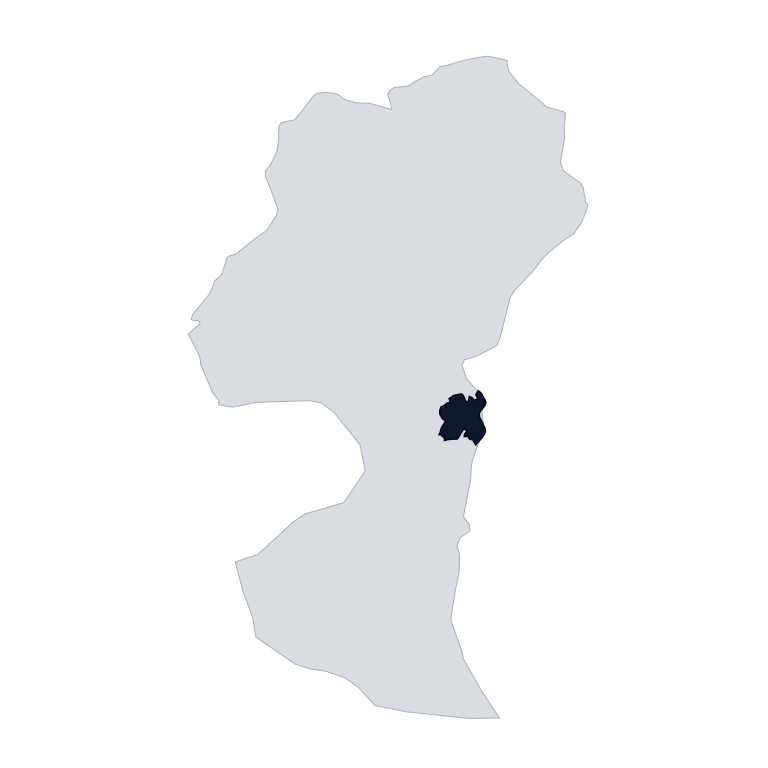 where Bauska sits in Latvia, rotated 272°
{"feature_id": "LVA-1079", "entity_name": "Bauska", "entity_type": "Municipality", "adm_level": 1, "iso_a3": "LVA", "parent_name": "Latvia", "parent_adm1": "", "projection": "albers", "projection_center": [24.265, 56.397], "detail": "fine", "context": "in_parent", "style": "filled", "palette": "ink", "viewbox_px": 768, "rotation_deg": 272, "n_neighbors": 0, "source": "natural_earth", "source_scale": "10m", "svg_char_len": 2588}
<svg xmlns="http://www.w3.org/2000/svg" viewBox="0 0 768 768"><g transform="rotate(272 384 384)"><path d="M570.4,581.3L565.6,580.6L552.2,575.8L540.8,568.4L533.8,558.4L521.8,544.6L514.1,537.6L502.0,528.9L481.8,511.0L474.6,507.0L439.4,499.5L426.7,496.0L414.9,475.4L411.0,463.4L405.3,461.3L399.1,463.8L392.3,466.3L376.7,480.5L371.6,482.6L361.9,482.8L339.1,485.9L328.7,480.7L310.7,474.9L301.0,474.0L292.3,474.0L254.1,468.0L247.0,474.0L239.9,474.9L233.2,465.5L224.7,462.6L215.2,465.6L198.1,465.6L177.9,462.1L152.1,459.0L148.2,459.9L119.1,471.3L111.9,473.0L79.9,492.7L54.2,511.1L52.8,479.7L57.2,417.1L62.3,386.3L80.0,368.9L89.0,355.2L94.7,336.6L96.9,319.3L100.9,305.1L126.6,264.8L145.7,261.0L171.8,250.4L200.7,241.6L205.9,253.9L208.5,263.2L242.6,297.7L251.2,309.1L264.2,348.2L296.5,368.3L322.2,362.2L333.4,352.7L353.8,335.1L362.9,322.2L364.8,309.8L361.1,256.6L355.6,233.6L357.5,219.2L361.0,219.9L369.5,213.0L397.3,200.0L402.9,199.4L409.3,196.7L426.7,186.7L432.4,191.9L437.2,197.7L439.8,197.7L441.0,195.5L440.6,191.7L441.8,189.0L446.9,190.4L467.5,206.1L475.4,209.7L480.8,210.7L487.4,218.0L505.0,222.7L507.2,226.5L508.7,231.3L525.6,251.2L533.2,261.3L548.1,270.2L554.5,272.2L579.7,261.8L586.7,258.2L592.6,257.9L598.8,262.7L612.7,268.8L625.3,270.4L627.5,269.9L638.0,270.1L641.8,272.5L644.9,285.4L657.4,295.1L668.9,303.0L672.0,306.7L673.2,314.3L673.0,323.1L671.8,327.8L667.4,333.3L664.0,346.8L664.1,359.6L658.7,381.8L660.2,382.2L673.6,377.5L677.6,379.6L680.8,384.3L682.5,398.0L687.3,404.0L692.4,413.4L694.3,420.9L703.5,429.3L704.5,435.1L711.0,455.3L713.8,467.0L715.2,476.1L713.3,487.9L711.4,495.9L708.6,495.6L700.7,498.1L688.7,508.2L671.1,531.5L666.5,536.7L662.4,553.9L661.3,555.7L650.3,555.5L647.3,555.2L636.4,556.0L612.3,552.6L603.1,555.9L591.6,573.6L586.9,576.3L572.8,579.2L570.4,581.3Z" fill="#d9dde1" stroke="#a8b0b8" stroke-width="1"/><path d="M380.7,478.3L379.4,480.1L377.6,481.9L372.3,485.1L369.2,486.5L366.1,485.7L360.3,481.3L357.3,480.2L354.5,480.7L343.3,486.5L340.9,487.0L340.7,487.0L338.0,486.5L334.9,484.7L326.2,477.8L328.8,476.2L331.3,474.7L331.8,471.5L334.7,469.4L334.2,466.1L336.4,466.1L339.7,468.5L342.3,465.6L338.5,463.2L333.9,460.8L331.5,459.0L331.3,455.4L330.8,450.4L329.7,446.4L331.0,446.4L332.0,446.2L335.5,442.2L335.3,440.8L337.7,441.8L341.8,442.7L344.0,443.9L345.9,445.1L349.5,446.6L351.2,443.6L355.6,440.9L359.7,440.6L363.0,441.8L364.8,445.1L367.2,447.7L368.2,451.0L371.5,449.5L375.1,454.2L376.8,461.7L375.3,463.7L369.1,466.4L369.6,468.8L374.5,469.7L373.2,472.7L371.1,474.7L372.2,478.3L376.7,476.2L380.7,478.3Z" fill="#0f172a" stroke="#020617" stroke-width="1.5"/></g></svg>